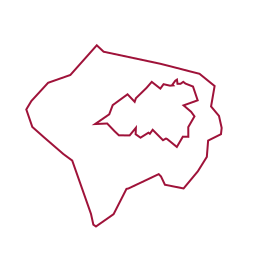 the district of Roanoke, Virginia, United States of America, rotated 346°
{"feature_id": "52423323B87249104839261", "entity_name": "Roanoke", "entity_type": "district", "adm_level": 2, "iso_a3": "USA", "parent_name": "United States of America", "parent_adm1": "Virginia", "projection": "albers", "projection_center": [-80.006, 37.266], "detail": "fine", "context": "isolated", "style": "outline", "palette": "rose", "viewbox_px": 256, "rotation_deg": 346, "n_neighbors": 0, "source": "geoboundaries", "source_scale": "gbopen_adm2", "svg_char_len": 1040}
<svg xmlns="http://www.w3.org/2000/svg" viewBox="0 0 256 256"><g transform="rotate(346 128 128)"><path d="M33.8,85.4L35.4,103.8L44.1,116.5L59.1,137.8L66.0,146.1L71.3,202.4L71.0,213.4L73.1,215.8L93.2,208.1L111.8,186.7L113.7,186.8L146.6,180.2L148.3,183.0L150.1,192.0L167.3,200.1L185.3,186.9L197.5,175.1L202.7,159.6L216.7,156.5L218.9,150.6L219.2,138.3L213.8,127.2L222.2,108.2L218.7,103.6L210.5,92.7L200.8,87.5L182.2,77.4L174.9,73.5L122.8,48.1L117.7,40.2L84.9,62.6L61.4,64.8L40.8,78.4L33.8,85.4ZM140.8,104.2L142.9,101.0L155.6,93.6L162.2,89.0L168.9,97.6L173.1,94.1L179.0,97.1L182.2,97.6L181.7,96.6L185.3,93.6L187.2,92.9L186.7,97.1L189.7,97.8L192.8,96.6L194.5,98.8L201.1,103.5L202.3,118.0L187.4,119.5L193.2,127.6L195.3,132.8L186.7,141.7L184.4,151.1L179.1,149.7L170.8,158.2L163.4,148.3L162.3,147.4L159.0,148.3L151.5,135.7L147.8,138.9L146.7,137.5L137.8,140.4L133.9,135.9L135.7,129.7L127.8,135.6L117.4,132.9L114.2,127.9L108.9,118.6L97.0,116.2L113.1,110.2L118.7,102.1L135.7,95.2L140.8,104.2Z" fill="none" stroke="#9f1239" stroke-width="2"/></g></svg>